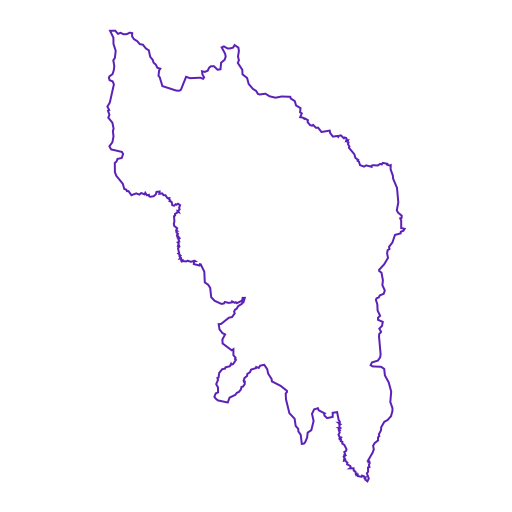 outline of Ban Dan Lan Hoi, Sukhothai, Thailand
{"feature_id": "78962969B72722062907305", "entity_name": "Ban Dan Lan Hoi", "entity_type": "district", "adm_level": 2, "iso_a3": "THA", "parent_name": "Thailand", "parent_adm1": "Sukhothai", "projection": "mercator", "projection_center": [99.505, 17.028], "detail": "fine", "context": "isolated", "style": "outline", "palette": "violet", "viewbox_px": 512, "rotation_deg": 0, "n_neighbors": 0, "source": "geoboundaries", "source_scale": "gbopen_adm2", "svg_char_len": 6042}
<svg xmlns="http://www.w3.org/2000/svg" viewBox="0 0 512 512"><path d="M234.6,45.1L233.1,47.6L230.3,48.4L227.6,48.5L223.9,46.4L221.7,47.4L225.1,53.7L225.7,56.6L224.6,59.8L221.1,62.7L220.5,69.3L217.5,69.7L213.9,66.2L210.8,66.3L209.1,67.7L207.7,70.7L204.8,71.9L202.0,71.3L202.5,74.6L204.1,77.4L203.1,78.8L200.3,77.7L190.0,78.2L186.1,76.8L180.9,89.8L179.3,90.7L176.3,90.6L162.4,86.1L159.7,77.2L158.5,75.8L159.1,70.5L160.3,68.7L157.4,67.8L155.8,64.6L153.6,62.7L152.6,59.7L150.2,56.8L148.8,50.3L145.9,48.5L142.9,44.7L139.7,44.1L137.4,41.3L133.8,39.0L132.1,36.3L132.2,33.1L129.7,32.7L126.9,34.1L123.8,34.3L120.4,32.8L118.0,33.9L115.2,30.7L110.1,30.8L113.4,37.7L113.5,44.0L115.7,50.8L114.9,57.9L113.3,60.3L114.3,66.0L113.8,70.2L112.5,74.2L109.6,76.2L108.9,77.7L109.6,80.2L112.7,81.4L113.9,84.4L109.8,102.6L107.4,106.6L109.2,110.1L108.0,110.8L109.4,114.7L108.3,117.7L112.4,122.7L113.6,128.7L112.9,131.0L113.5,136.4L112.4,142.2L109.4,146.3L111.1,149.4L121.9,151.9L123.1,154.0L121.7,158.0L117.5,158.9L116.5,161.5L114.8,162.9L114.9,172.2L116.3,175.8L122.8,183.8L124.3,189.0L126.3,189.6L126.9,191.1L128.5,191.1L131.4,195.2L136.2,193.4L139.4,194.6L141.2,193.0L144.5,194.4L145.3,192.8L146.9,195.3L148.9,194.8L149.2,196.3L150.3,196.8L153.8,196.2L155.9,194.2L156.5,191.9L159.6,191.5L159.3,193.8L162.2,193.4L163.5,195.2L165.4,195.2L167.5,198.2L169.3,198.1L169.0,199.1L170.2,200.3L169.6,201.1L171.7,202.1L172.3,205.2L174.1,205.7L175.7,204.2L176.6,204.7L178.0,203.7L180.1,205.2L179.1,207.8L179.6,209.4L178.1,210.8L178.6,211.8L177.4,211.1L177.5,212.5L175.0,213.9L175.1,215.5L174.0,216.2L174.4,221.4L173.8,223.8L174.2,225.9L177.2,228.3L176.2,230.3L177.0,230.9L176.3,231.0L176.5,232.5L178.0,233.8L176.9,235.2L177.5,237.2L178.3,236.5L179.6,238.3L178.4,239.2L179.3,241.7L177.7,242.4L178.7,243.8L178.0,245.8L179.1,245.7L179.4,246.6L178.0,248.2L179.1,253.1L178.3,253.5L180.5,255.6L179.5,256.2L180.3,257.5L179.7,258.6L181.1,258.3L181.2,260.1L182.3,260.1L181.2,262.0L182.6,261.1L186.3,261.4L187.5,260.7L190.9,261.8L194.6,260.7L195.3,261.2L194.0,261.3L193.8,264.1L199.4,265.5L199.8,264.2L200.7,264.3L204.3,271.7L204.8,282.4L208.1,284.7L210.2,287.9L211.2,297.2L214.6,300.8L221.4,303.9L223.9,303.5L224.8,302.0L228.7,302.9L231.9,302.4L232.1,301.4L234.7,302.8L235.8,302.2L236.8,303.2L241.1,301.1L242.3,300.0L242.6,297.9L244.8,297.9L243.4,302.4L242.5,302.2L241.8,303.9L238.3,306.0L236.5,308.9L235.0,309.7L234.1,311.6L234.7,313.4L232.0,317.1L228.9,317.7L221.0,324.0L218.7,324.1L219.5,329.4L222.4,333.1L225.1,334.4L222.4,339.5L222.6,343.5L231.7,350.3L233.4,349.2L233.4,355.1L235.6,357.8L235.0,359.0L235.9,359.9L233.2,364.0L231.3,364.7L231.0,363.9L229.8,366.3L225.5,367.3L225.1,368.6L222.2,369.2L219.2,372.9L218.6,377.4L217.4,378.0L218.0,380.0L216.2,384.1L218.0,387.5L218.1,392.4L215.7,393.4L214.4,396.9L215.8,398.7L217.9,400.4L227.7,402.5L229.6,397.6L235.4,394.8L236.8,392.8L238.8,392.0L240.8,389.6L241.5,386.9L243.0,386.6L244.7,384.2L244.8,381.6L243.9,381.7L243.6,380.7L244.5,378.0L247.1,375.9L247.3,373.9L249.9,372.3L251.1,369.6L256.0,368.1L256.2,367.0L258.8,367.9L260.1,365.7L264.2,364.8L267.2,369.1L268.2,373.7L271.6,379.0L271.9,381.4L280.7,385.9L286.9,390.8L287.0,392.0L285.7,393.5L286.0,399.4L289.4,413.2L294.6,418.7L295.7,426.0L298.2,428.8L298.4,431.5L300.7,434.7L301.8,443.9L303.9,443.6L305.2,442.2L307.1,437.6L307.7,432.6L311.3,430.2L313.6,421.0L312.0,413.8L314.1,409.4L317.9,408.2L318.7,410.3L324.7,413.4L324.1,413.8L324.5,415.7L327.1,418.1L332.7,416.9L332.7,412.8L337.1,412.1L338.7,420.1L339.8,421.7L339.7,422.8L338.4,422.8L340.4,424.3L339.3,424.9L339.7,427.4L338.7,427.7L340.2,428.2L338.8,429.2L339.8,430.3L339.0,430.7L339.7,432.4L338.5,434.7L339.5,437.0L340.6,437.3L340.1,437.9L340.9,437.9L339.9,439.4L341.0,439.8L340.8,441.2L342.4,441.8L342.3,443.6L344.4,445.0L346.5,449.3L346.1,450.9L344.3,452.0L345.1,454.2L344.4,454.9L345.4,455.5L343.7,456.7L345.1,459.1L344.1,459.4L343.9,460.7L345.0,460.4L347.4,462.7L347.1,464.3L350.3,466.0L350.8,467.7L349.9,468.3L353.6,468.3L353.7,470.6L355.4,471.5L355.8,474.1L356.6,473.8L356.6,475.0L357.7,474.6L357.8,476.1L361.6,476.8L362.1,475.6L364.0,476.3L364.5,478.0L365.6,477.4L365.3,479.6L367.4,481.3L368.8,478.6L366.9,473.3L368.1,471.7L368.0,467.5L369.4,467.1L368.9,464.9L369.7,463.2L369.4,461.8L368.5,462.0L368.7,461.0L367.9,460.8L372.7,452.5L373.8,449.3L373.1,445.8L374.6,443.1L378.1,440.4L378.0,437.4L379.3,436.1L378.9,434.3L381.0,430.3L381.2,427.2L384.3,421.8L387.5,420.1L391.0,416.2L392.4,411.2L392.5,408.2L390.3,402.0L391.2,391.6L388.7,382.4L384.9,375.4L384.2,368.9L381.1,366.8L372.5,366.4L370.6,365.2L372.0,362.4L377.9,360.6L380.1,357.4L380.6,354.4L379.0,336.2L379.2,334.1L381.1,331.9L379.3,328.6L382.0,325.9L382.8,321.9L378.0,319.8L378.1,317.6L380.1,315.8L377.6,310.5L377.3,304.3L375.9,299.8L376.6,298.3L378.8,297.4L379.8,295.4L383.7,293.8L384.8,290.5L382.4,285.2L382.9,280.3L381.5,272.7L379.2,271.0L379.1,269.8L384.1,264.4L388.0,257.9L387.1,253.4L387.6,250.2L389.5,249.0L389.0,246.9L392.4,242.5L395.0,234.9L400.6,233.4L400.8,231.7L403.4,230.8L404.6,228.8L401.2,228.1L401.2,220.7L400.2,218.3L401.6,217.9L401.7,215.6L398.2,212.8L396.8,210.4L398.3,202.4L397.0,187.9L393.1,178.6L392.9,175.8L390.6,169.3L390.7,165.1L389.5,165.5L387.1,164.7L387.3,163.8L382.8,162.9L381.8,164.4L380.1,163.9L377.8,165.5L373.1,165.2L371.4,165.8L371.5,166.8L366.2,165.4L364.0,166.6L360.0,165.1L358.9,161.6L357.6,160.8L358.2,159.9L355.4,157.9L354.3,154.2L348.9,147.7L349.4,146.5L347.9,144.0L348.5,142.5L347.4,141.8L348.0,140.4L346.1,141.0L346.7,139.0L346.2,138.0L344.6,137.5L343.9,138.3L340.9,135.4L338.9,135.8L338.2,136.9L337.3,136.0L332.9,136.6L330.1,132.9L329.7,130.6L321.5,132.0L318.1,127.7L316.0,127.8L313.1,124.9L312.1,125.7L310.1,125.1L307.6,122.1L307.9,120.2L304.9,118.4L304.4,118.9L302.8,117.6L300.2,117.2L301.8,113.4L300.1,112.3L300.5,108.1L296.1,105.5L294.7,101.0L290.7,98.5L290.3,96.8L281.6,96.5L275.5,97.7L269.6,96.3L265.4,93.7L259.6,94.5L257.9,93.9L256.2,91.0L252.9,88.9L248.7,84.0L247.1,78.0L242.5,74.3L242.3,69.8L237.8,62.9L238.9,60.3L238.0,56.5L238.9,51.0L238.4,47.6L234.6,45.1Z" fill="none" stroke="#5b21b6" stroke-width="2"/></svg>